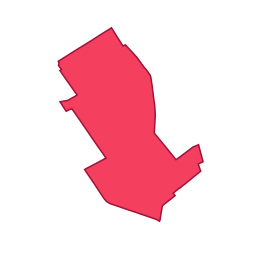 outline of Tudor Vladimirescu, Braila, Romania, rotated 65°
{"feature_id": "2599482B82586495154096", "entity_name": "Tudor Vladimirescu", "entity_type": "district", "adm_level": 2, "iso_a3": "ROU", "parent_name": "Romania", "parent_adm1": "Braila", "projection": "orthographic", "projection_center": [27.76, 45.232], "detail": "fine", "context": "isolated", "style": "filled", "palette": "rose", "viewbox_px": 256, "rotation_deg": 65, "n_neighbors": 0, "source": "geoboundaries", "source_scale": "gbopen_adm2", "svg_char_len": 1972}
<svg xmlns="http://www.w3.org/2000/svg" viewBox="0 0 256 256"><g transform="rotate(65 128 128)"><path d="M40.1,163.1L40.6,163.5L41.7,164.5L42.5,164.4L43.0,164.4L46.9,163.6L47.1,165.4L52.1,164.6L60.1,163.2L76.7,160.2L77.2,167.6L77.5,171.0L75.5,178.5L86.7,177.0L86.6,175.3L86.8,170.7L88.3,170.5L92.6,169.7L100.7,168.3L117.2,165.6L132.8,163.0L140.8,161.5L145.9,160.7L145.9,161.1L145.9,161.3L145.9,162.2L146.2,162.2L146.1,162.5L146.2,164.5L146.2,165.5L146.3,167.1L146.4,168.7L146.8,176.2L147.1,183.3L147.3,184.9L154.3,183.8L157.2,183.3L159.2,183.0L167.5,181.7L182.1,179.5L183.6,179.1L184.7,178.8L185.7,178.3L187.0,177.6L188.2,176.8L189.2,176.0L190.4,174.7L201.0,163.7L218.3,145.6L222.6,141.2L223.4,140.5L224.1,140.0L225.8,138.9L225.5,138.3L224.8,137.8L223.3,136.8L220.1,134.6L217.0,132.4L216.9,132.4L213.0,129.7L212.9,129.5L211.4,123.1L210.3,118.5L209.2,113.9L207.6,114.3L207.1,114.4L206.3,114.6L206.2,114.6L204.5,108.3L204.2,107.0L204.6,106.7L204.3,106.2L202.2,97.7L200.1,89.3L198.2,81.7L197.9,80.4L195.8,80.2L194.0,80.0L190.9,79.6L190.2,79.5L190.2,79.3L190.3,77.9L190.4,74.3L182.9,72.9L182.7,72.9L172.9,71.1L172.9,73.3L172.7,77.0L175.2,89.0L175.5,90.1L177.0,97.9L164.1,101.1L144.3,106.2L143.6,106.2L140.3,104.5L138.2,103.3L137.7,103.1L136.0,102.2L134.2,101.2L133.6,100.9L132.6,100.4L132.1,100.1L129.3,98.6L128.5,98.2L127.9,97.8L119.4,94.5L111.7,92.1L109.8,91.5L107.2,90.6L104.5,89.8L99.4,88.1L95.5,87.0L93.5,86.4L92.5,86.1L91.4,85.8L89.8,85.6L89.3,85.6L83.2,86.7L79.9,87.7L75.5,88.6L67.9,90.0L67.5,90.1L65.9,90.7L62.8,91.6L60.0,92.5L57.2,93.4L53.8,94.5L51.8,95.1L51.4,95.3L51.5,96.6L51.7,97.9L47.1,98.5L42.4,99.1L35.2,100.0L30.4,100.6L30.2,100.6L30.4,101.9L30.5,103.2L30.6,103.4L30.7,103.7L30.8,103.9L30.9,104.2L30.8,104.5L30.7,104.9L30.8,105.1L30.9,106.2L31.5,111.1L32.2,116.9L32.4,117.5L33.2,123.6L35.4,142.2L35.4,142.5L35.7,144.5L36.0,146.9L37.2,156.2L38.0,163.0L38.7,163.1L39.7,163.1L40.1,163.1L40.1,163.1Z" fill="#f43f5e" stroke="#9f1239" stroke-width="1.5"/></g></svg>